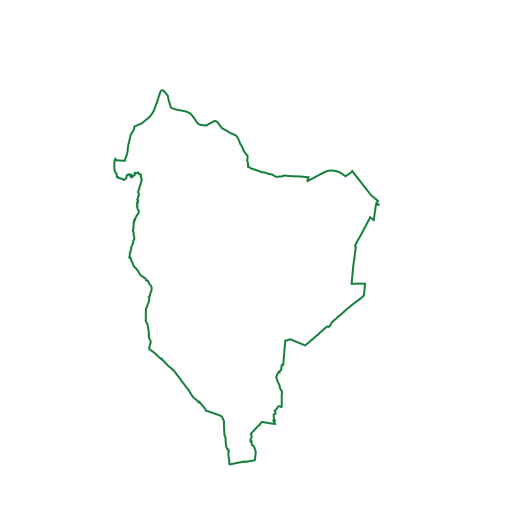 outline of Dragoiesti, Suceava, Romania, rotated 248°
{"feature_id": "2599482B69921637610392", "entity_name": "Dragoiesti", "entity_type": "district", "adm_level": 2, "iso_a3": "ROU", "parent_name": "Romania", "parent_adm1": "Suceava", "projection": "robinson", "projection_center": [26.101, 47.535], "detail": "fine", "context": "isolated", "style": "outline", "palette": "green", "viewbox_px": 512, "rotation_deg": 248, "n_neighbors": 0, "source": "geoboundaries", "source_scale": "gbopen_adm2", "svg_char_len": 6110}
<svg xmlns="http://www.w3.org/2000/svg" viewBox="0 0 512 512"><g transform="rotate(248 256 256)"><path d="M309.4,334.1L313.4,326.3L315.9,320.5L318.3,315.5L319.9,312.8L320.2,310.4L320.1,309.6L321.2,306.6L321.3,305.6L321.6,304.9L323.1,303.1L324.5,302.4L325.1,301.6L325.8,301.0L327.4,298.5L330.8,294.4L331.1,293.3L331.7,292.7L331.8,292.4L332.8,291.3L333.5,290.9L334.1,290.0L334.9,289.3L335.1,289.1L335.2,288.6L337.2,286.6L338.9,284.3L341.1,282.8L341.7,282.0L342.9,282.6L345.1,283.3L345.8,283.3L346.8,283.6L347.3,283.5L348.0,283.6L348.8,284.2L351.9,285.7L352.3,285.7L353.5,285.1L355.8,284.5L357.0,284.3L358.4,283.9L360.6,284.1L363.8,283.9L365.7,283.4L371.4,283.5L373.8,283.0L375.2,282.6L376.1,281.8L380.0,277.9L381.8,276.8L386.9,272.6L387.9,272.1L393.9,270.6L395.6,269.8L396.3,269.0L396.7,268.1L396.2,262.8L395.7,259.2L395.7,258.5L398.5,253.4L399.4,252.5L400.5,251.9L401.9,251.3L405.7,250.6L410.2,249.4L412.9,248.4L415.8,245.7L417.2,243.8L421.4,237.2L424.8,233.1L426.0,232.7L433.1,233.4L437.5,234.2L441.6,233.1L443.4,232.4L444.5,231.7L444.8,231.1L444.9,230.2L443.9,228.8L441.7,226.8L435.3,221.5L434.4,220.5L429.4,216.1L427.0,213.2L424.7,209.1L421.6,199.0L421.7,196.0L421.6,191.7L419.7,190.8L417.3,188.1L416.3,186.5L414.8,184.8L410.4,181.9L406.5,179.0L399.8,175.3L397.7,173.7L394.9,171.1L393.4,170.1L397.0,162.4L398.4,162.2L398.8,161.9L398.1,161.4L397.4,161.0L396.9,160.2L391.2,157.8L389.1,157.1L386.0,156.9L384.7,157.5L383.9,157.4L381.7,156.6L381.2,156.7L380.9,156.9L380.8,157.7L379.7,157.8L379.5,158.1L379.2,158.9L378.5,159.4L378.3,160.0L377.3,161.2L376.1,161.8L375.9,162.1L376.1,163.3L376.9,164.9L377.8,165.7L379.2,166.3L379.2,167.0L379.4,167.3L379.3,167.7L379.0,167.8L378.9,168.0L379.0,168.4L379.3,168.8L379.3,169.0L379.2,169.3L378.6,169.7L378.4,170.0L378.2,170.9L378.0,171.1L377.7,171.1L377.1,169.9L376.6,169.4L376.2,169.7L375.6,169.8L375.4,170.2L375.9,171.4L376.3,172.7L376.3,173.4L376.5,173.8L376.9,174.1L378.0,174.3L378.5,174.8L378.4,175.3L377.7,175.7L377.6,176.0L377.6,177.9L377.5,178.1L376.1,178.1L375.6,178.4L375.1,179.4L374.4,179.7L374.0,179.6L373.4,179.1L372.8,178.9L372.4,178.9L371.8,179.1L371.2,178.7L370.0,178.8L368.6,178.1L368.4,177.7L367.5,176.9L366.0,176.3L363.8,174.0L362.6,173.2L361.6,172.8L361.3,172.2L359.5,170.5L358.0,170.7L356.6,170.5L356.3,170.2L355.8,169.2L355.0,169.1L353.6,168.3L353.3,168.0L352.9,167.1L352.3,167.2L351.6,166.9L350.9,167.3L350.6,167.0L349.8,166.7L349.6,166.5L350.0,165.9L350.0,165.7L349.8,165.5L348.9,165.4L347.9,164.8L347.3,164.7L346.9,164.9L346.7,164.9L346.1,164.4L346.0,164.1L343.7,164.0L343.4,163.8L342.7,164.0L342.1,164.3L341.0,164.1L340.7,163.7L339.9,163.2L339.6,162.9L338.5,161.0L335.8,157.8L335.4,157.6L334.7,157.4L334.6,157.2L334.8,156.7L334.8,156.3L334.6,156.0L333.0,155.8L332.8,155.6L332.5,154.7L331.7,154.7L330.6,154.3L329.3,153.3L327.9,153.0L326.6,151.9L324.8,151.1L324.2,151.4L323.9,151.5L321.3,150.4L321.0,150.4L320.1,150.2L319.2,150.3L317.5,149.5L317.0,149.3L316.8,148.7L316.5,148.4L316.1,147.8L314.0,146.9L313.7,146.2L312.2,145.2L311.3,143.9L310.8,143.7L310.6,143.4L309.3,143.0L308.1,142.2L307.8,141.6L307.6,141.5L306.5,140.8L306.3,140.2L304.9,139.8L302.3,138.1L301.4,138.1L301.3,138.3L301.4,138.6L301.4,139.1L301.1,139.2L300.6,139.0L298.0,138.7L297.1,138.7L295.6,139.1L294.8,138.8L294.1,138.9L293.3,138.7L292.5,138.9L291.5,139.1L289.5,140.2L287.6,140.5L286.7,141.0L284.6,141.1L281.3,141.9L278.9,143.5L278.2,143.8L277.2,144.8L276.6,145.1L276.0,145.1L274.8,144.9L274.6,145.0L274.3,145.8L273.4,146.5L273.0,146.6L272.1,146.5L270.6,146.6L267.5,147.4L265.9,147.4L263.0,146.1L261.7,144.7L260.9,144.1L259.8,143.2L259.0,142.8L258.7,142.4L258.5,141.7L258.2,141.2L256.8,141.4L254.8,140.2L253.6,139.4L251.9,137.6L250.5,136.6L248.4,134.3L247.2,133.7L239.6,130.5L239.2,130.5L238.2,129.9L236.9,129.4L233.9,129.8L232.1,129.6L229.6,129.1L228.2,128.6L226.9,128.5L225.0,127.9L222.1,126.6L220.3,126.2L215.9,126.3L215.2,126.0L214.9,125.7L214.6,125.2L212.7,124.0L210.6,122.3L210.1,122.2L209.5,122.3L204.5,125.4L200.8,127.3L200.4,127.2L195.7,129.7L195.9,130.1L194.8,130.3L192.0,131.6L188.5,132.8L186.0,134.0L182.9,135.8L179.4,137.3L175.6,138.2L170.4,139.7L167.9,140.2L156.1,143.5L152.6,143.9L148.6,144.8L144.6,147.0L141.7,148.1L142.0,148.8L135.8,150.9L132.8,151.6L131.5,151.5L129.1,154.4L121.2,163.3L120.3,163.9L119.3,164.2L114.4,164.3L112.4,163.4L102.0,159.7L99.8,159.8L99.1,159.7L94.1,157.9L89.5,156.8L88.3,157.1L87.5,157.1L87.0,158.0L85.5,157.7L85.6,157.4L81.7,155.8L75.1,154.2L74.5,153.7L72.9,153.4L72.5,154.1L69.9,167.9L69.3,168.1L67.1,178.4L74.1,182.3L77.8,182.7L81.0,182.6L82.1,181.5L85.0,181.9L85.7,182.5L86.2,181.4L88.0,182.3L89.7,184.0L90.8,184.6L91.9,184.6L92.6,184.4L93.0,184.6L93.4,185.3L97.8,194.7L98.0,195.9L97.8,196.2L97.9,196.4L98.7,196.6L100.0,199.3L96.0,205.6L93.2,210.7L94.7,210.8L97.0,210.3L97.4,211.3L96.6,211.3L96.4,211.8L98.9,211.8L102.1,212.8L102.5,213.7L102.6,215.1L104.4,215.4L105.5,215.3L106.4,217.8L107.9,219.7L108.2,220.9L107.6,221.8L106.6,222.6L106.5,223.0L106.7,223.4L114.7,226.7L116.5,227.3L120.4,229.3L121.5,229.2L122.6,228.8L123.7,228.9L124.8,228.8L127.8,229.4L129.1,229.2L131.7,229.0L132.8,229.2L135.9,229.3L136.2,229.4L136.6,229.9L137.3,230.7L137.8,230.9L138.9,232.1L139.9,233.5L139.3,234.2L140.5,235.0L140.7,236.4L144.6,238.6L144.5,238.9L145.4,239.5L145.0,240.5L166.5,251.4L166.1,253.7L166.1,255.6L165.8,256.4L165.4,257.2L155.1,267.6L154.7,268.3L160.2,284.7L160.7,286.2L160.9,286.4L163.8,294.6L163.9,295.5L163.7,296.1L163.1,296.5L163.4,297.7L163.3,298.2L163.5,298.6L164.0,299.2L165.0,300.0L165.7,301.0L167.0,303.8L168.0,307.1L168.8,309.1L169.8,312.4L172.9,320.9L175.8,330.5L176.5,333.6L177.8,338.1L178.9,341.2L189.4,346.7L191.3,342.5L194.4,334.2L210.8,342.7L216.4,346.0L222.9,349.6L226.6,351.9L228.1,351.5L230.5,353.8L235.9,360.8L249.1,376.4L245.2,378.6L258.9,386.6L259.0,386.9L258.9,387.2L257.5,388.5L257.5,388.8L257.7,389.0L258.0,388.9L259.3,387.7L259.8,387.6L260.2,387.7L261.3,389.8L269.2,385.5L298.7,377.0L298.1,376.0L297.4,373.9L296.6,369.4L296.3,369.0L301.3,365.6L302.6,364.5L304.3,362.7L306.8,358.6L307.4,357.0L308.0,354.2L308.1,351.0L306.2,332.0L307.2,332.3L309.4,334.1Z" fill="none" stroke="#15803d" stroke-width="2"/></g></svg>